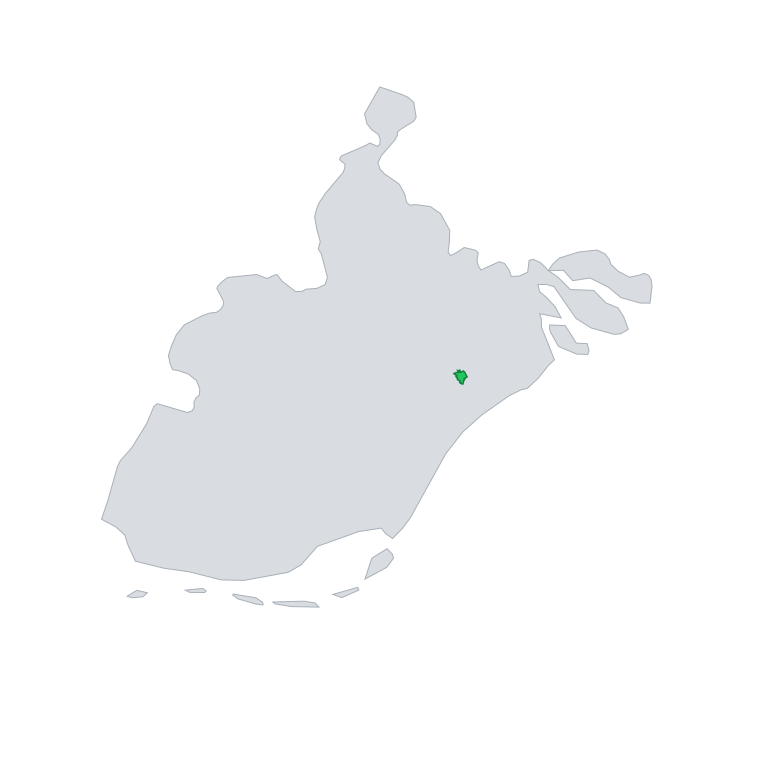 location of Waddinxveen, Zuid-Holland, Netherlands, rotated 198°
{"feature_id": "6326949B29533481095238", "entity_name": "Waddinxveen", "entity_type": "district", "adm_level": 2, "iso_a3": "NLD", "parent_name": "Netherlands", "parent_adm1": "Zuid-Holland", "projection": "orthographic", "projection_center": [4.655, 52.044], "detail": "fine", "context": "in_parent", "style": "filled", "palette": "green", "viewbox_px": 768, "rotation_deg": 198, "n_neighbors": 0, "source": "geoboundaries", "source_scale": "gbopen_adm2", "svg_char_len": 5017}
<svg xmlns="http://www.w3.org/2000/svg" viewBox="0 0 768 768"><g transform="rotate(198 384 384)"><path d="M479.8,665.2L467.3,665.0L455.6,664.8L449.4,664.0L442.8,661.1L442.7,661.1L439.7,655.1L435.9,647.8L436.8,643.3L447.6,630.4L449.2,626.8L448.0,624.9L449.1,619.3L457.2,600.1L458.1,592.5L454.3,587.2L448.8,584.1L431.2,578.7L422.8,570.8L418.8,563.9L414.9,562.0L409.2,564.4L394.7,567.1L382.9,563.5L368.9,550.4L365.6,538.7L363.9,529.7L360.4,526.6L355.8,531.2L349.9,538.6L338.2,539.5L334.9,537.8L334.3,533.7L333.6,529.9L330.4,525.1L327.0,522.4L312.2,535.9L306.7,535.9L299.8,530.7L296.3,525.6L288.7,528.5L281.9,534.7L284.2,546.5L280.5,548.7L272.1,547.6L262.6,542.6L252.0,539.6L236.0,531.4L213.5,537.8L198.0,529.7L185.0,528.7L177.1,522.3L168.5,511.5L174.8,504.6L180.8,502.3L204.4,501.3L221.6,505.7L252.4,529.1L260.2,528.9L268.5,526.1L264.3,519.8L256.6,516.7L245.1,510.4L236.0,501.6L257.6,499.0L254.6,494.5L251.8,486.7L229.4,459.7L233.3,452.5L239.2,437.0L246.3,424.1L252.0,420.7L261.3,411.6L281.4,384.8L294.2,362.9L303.7,336.9L317.5,265.4L321.5,253.2L328.1,239.7L336.4,242.3L342.1,246.1L362.4,235.9L397.1,209.1L407.1,186.1L417.0,175.3L456.4,154.0L478.2,147.4L512.0,145.1L536.3,140.8L565.6,138.6L577.2,151.1L583.9,160.3L594.6,165.1L610.9,168.1L610.6,186.7L612.0,223.2L611.0,229.8L604.2,245.4L597.4,273.4L595.9,291.7L593.6,295.2L562.3,296.1L558.0,299.4L557.4,303.3L559.2,308.0L558.5,312.6L556.2,316.5L557.7,322.5L563.3,329.2L573.4,333.1L584.0,333.2L589.5,332.3L593.6,337.0L597.8,344.5L597.9,354.0L596.7,366.8L592.1,378.7L577.9,392.8L571.5,397.7L565.4,400.4L562.6,404.1L561.3,408.6L561.8,412.7L572.5,423.3L572.3,425.8L569.5,431.5L565.6,437.0L538.9,448.8L527.8,448.2L521.6,453.9L519.6,455.0L512.4,450.1L496.6,444.6L490.7,446.7L487.5,450.0L477.6,454.1L470.7,460.3L470.8,468.1L483.7,488.2L488.2,492.1L488.6,499.7L494.9,509.1L501.4,520.9L502.2,528.4L501.7,536.1L498.7,547.1L488.2,572.7L488.1,577.6L489.1,581.3L492.9,582.3L495.8,584.1L495.1,587.6L474.7,605.6L472.1,608.8L463.4,608.0L462.1,611.0L463.4,615.8L466.8,619.9L474.3,622.0L480.7,626.3L486.0,635.0L479.8,665.2ZM262.6,542.6L260.7,550.0L256.0,558.1L239.7,569.6L222.8,577.2L214.1,576.1L208.2,572.0L205.0,567.8L196.1,563.6L183.7,561.4L176.0,565.7L170.4,569.7L165.6,569.0L162.0,565.4L159.4,560.0L156.0,543.1L165.3,540.2L185.2,539.3L200.5,545.4L220.8,548.5L236.4,540.6L248.6,547.6L262.6,542.6ZM229.5,473.6L241.2,484.3L243.7,487.7L244.6,491.4L229.6,495.5L213.7,482.3L203.2,485.2L199.3,479.0L199.3,475.1L210.2,472.0L229.5,473.6ZM341.8,214.5L330.2,228.3L323.2,224.5L321.1,221.3L324.7,210.5L341.8,192.6L341.8,214.5ZM392.7,152.8L381.9,154.4L377.0,151.7L403.0,143.8L419.5,141.2L422.4,142.3L392.7,152.8ZM462.6,137.6L439.8,141.1L432.0,138.9L430.7,136.6L436.9,135.2L456.4,134.5L462.5,136.4L462.6,137.6ZM367.6,168.1L346.1,182.5L344.2,180.3L358.1,167.8L367.6,168.1ZM555.3,111.4L544.6,112.3L547.6,107.1L557.4,102.9L562.7,102.8L555.3,111.4ZM509.3,126.5L493.2,133.5L489.2,132.2L490.1,130.3L504.3,125.8L509.3,126.5Z" fill="#d9dde1" stroke="#a8b0b8" stroke-width="1"/><path d="M309.0,410.4L309.1,410.5L309.2,410.9L309.1,411.1L309.1,411.4L309.1,411.7L309.1,411.9L309.0,412.1L309.0,412.4L308.9,412.7L308.9,412.8L308.9,413.0L308.8,413.4L309.1,413.6L309.3,413.7L309.5,413.7L309.5,413.8L309.4,414.1L308.9,414.3L309.0,414.4L308.5,414.9L308.0,415.4L307.1,416.4L307.5,416.8L309.1,418.4L310.0,419.2L311.1,420.3L311.3,420.4L312.1,420.7L312.6,420.9L313.4,420.1L313.5,420.0L313.6,419.9L313.7,419.7L313.9,419.6L314.0,419.5L314.0,419.4L314.0,419.2L314.5,419.1L314.8,419.1L315.0,418.9L315.4,418.7L315.6,418.6L315.8,418.6L315.7,418.8L315.8,418.9L315.9,419.0L315.9,418.9L316.1,418.9L316.3,418.9L316.3,419.0L316.3,419.3L316.2,419.4L316.2,419.5L316.0,419.8L315.9,419.9L315.9,420.0L315.9,420.3L315.9,420.5L316.0,420.5L316.3,420.6L316.5,420.5L316.5,420.4L316.8,420.2L317.0,419.9L317.3,419.7L317.5,419.6L317.8,419.5L318.0,419.5L317.9,419.4L317.9,419.2L317.7,419.1L317.4,419.0L317.2,418.9L316.9,418.8L316.7,418.8L316.5,418.7L316.4,418.7L316.3,418.4L316.2,418.3L317.3,417.9L317.6,417.7L317.8,417.8L317.9,417.7L318.0,417.6L318.5,417.3L318.7,417.2L318.8,417.1L319.0,416.9L319.2,416.7L319.3,416.7L319.6,416.5L319.6,416.4L320.3,415.9L320.5,415.7L320.8,415.5L320.8,415.4L320.6,415.3L320.4,415.3L320.2,415.2L319.8,415.1L319.6,415.1L319.3,415.0L319.1,415.0L318.9,414.9L318.7,414.8L318.6,414.7L318.3,414.7L318.1,414.6L317.9,414.6L317.7,414.6L317.4,414.6L317.5,414.2L317.6,413.9L317.6,413.4L317.7,413.2L316.4,413.0L316.4,412.9L316.5,412.8L316.5,412.7L316.5,412.4L316.2,412.0L315.9,412.0L315.8,411.9L315.7,411.7L315.8,411.6L315.7,411.4L315.5,411.2L315.4,411.0L315.4,410.9L315.3,410.7L315.2,410.7L315.2,410.8L314.6,410.8L314.4,410.8L314.0,410.7L313.8,410.7L313.7,410.7L313.2,410.6L312.9,410.6L312.7,410.6L312.7,410.4L312.7,410.2L312.7,409.9L312.6,409.7L312.6,409.4L312.6,409.2L312.6,408.9L312.4,408.8L311.9,408.8L311.9,408.7L311.2,408.7L311.2,408.3L309.0,408.2L309.0,408.3L309.0,408.9L309.0,409.1L309.0,409.4L309.0,409.5L309.0,409.9L309.0,410.2L309.0,410.3L309.0,410.4Z" fill="#22c55e" stroke="#15803d" stroke-width="1.5"/></g></svg>